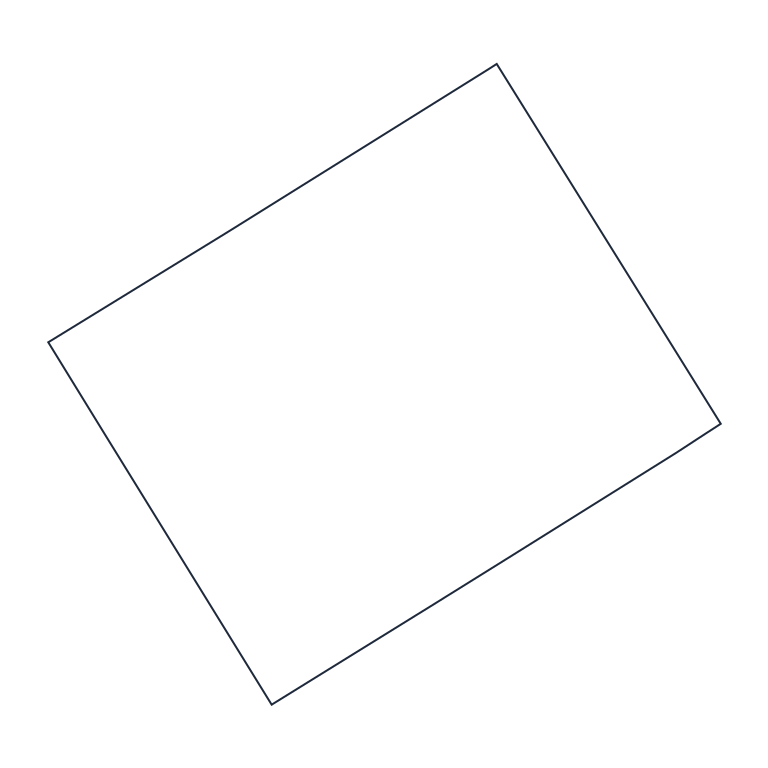 the district of Nobles, Minnesota, United States of America, rotated 328°
{"feature_id": "52423323B36406005077231", "entity_name": "Nobles", "entity_type": "district", "adm_level": 2, "iso_a3": "USA", "parent_name": "United States of America", "parent_adm1": "Minnesota", "projection": "albers", "projection_center": [-95.706, 43.674], "detail": "fine", "context": "isolated", "style": "outline", "palette": "slate", "viewbox_px": 768, "rotation_deg": 328, "n_neighbors": 0, "source": "geoboundaries", "source_scale": "gbopen_adm2", "svg_char_len": 370}
<svg xmlns="http://www.w3.org/2000/svg" viewBox="0 0 768 768"><g transform="rotate(328 384 384)"><path d="M118.8,596.4L288.8,597.1L289.0,597.1L312.4,597.2L324.1,597.2L394.6,597.3L395.3,597.3L595.3,597.2L620.1,596.7L630.5,596.5L648.5,596.2L649.2,172.3L640.4,172.4L333.0,172.3L121.4,170.7L120.6,278.0L118.8,596.4Z" fill="none" stroke="#1e293b" stroke-width="2"/></g></svg>